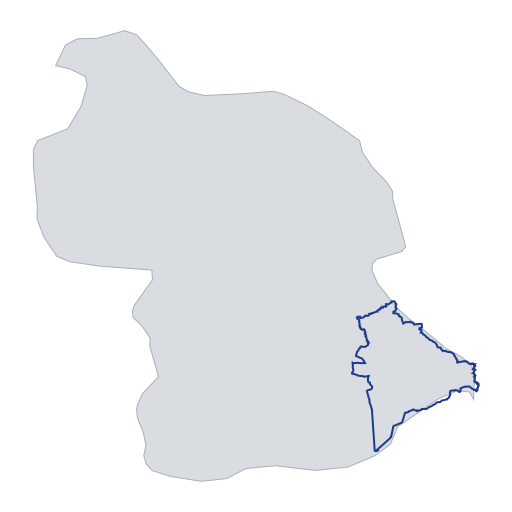 Nyagatare, Eastern, Rwanda shown in context, rotated 90°
{"feature_id": "39286606B31387731734731", "entity_name": "Nyagatare", "entity_type": "district", "adm_level": 2, "iso_a3": "RWA", "parent_name": "Rwanda", "parent_adm1": "Eastern", "projection": "robinson", "projection_center": [30.27, -1.298], "detail": "fine", "context": "in_parent", "style": "outline", "palette": "blue", "viewbox_px": 512, "rotation_deg": 90, "n_neighbors": 0, "source": "geoboundaries", "source_scale": "gbopen_adm2", "svg_char_len": 6896}
<svg xmlns="http://www.w3.org/2000/svg" viewBox="0 0 512 512"><g transform="rotate(90 256 256)"><path d="M191.2,119.5L198.5,119.3L246.7,106.3L251.5,110.3L259.2,135.6L263.3,139.3L270.0,140.2L283.5,134.4L308.3,114.6L319.1,102.6L331.9,85.7L348.1,66.6L357.2,50.0L366.1,40.3L377.7,37.4L390.5,38.1L399.5,38.4L392.1,42.4L390.6,54.6L399.1,74.1L426.7,114.3L444.3,121.7L455.8,137.4L467.0,163.8L470.4,196.8L465.7,236.5L468.5,266.0L478.6,285.4L481.3,310.5L476.5,341.3L470.6,359.8L463.7,365.9L455.8,368.2L445.2,366.1L432.2,368.7L418.1,374.5L409.2,375.4L403.7,374.2L393.3,369.3L376.8,353.4L346.1,362.2L337.8,362.0L326.6,369.6L317.4,378.9L311.8,379.5L306.2,378.3L279.7,359.5L270.1,360.1L266.1,412.9L261.7,442.3L256.2,455.3L237.3,468.0L218.3,475.1L207.9,474.6L166.0,478.6L149.6,478.6L140.6,474.3L128.8,444.4L106.6,431.0L85.3,424.8L76.6,426.6L68.9,442.2L65.7,456.3L45.1,446.6L38.8,434.8L38.3,414.7L30.7,387.2L34.9,375.4L43.0,367.8L60.2,353.3L86.2,333.2L91.8,323.6L95.5,307.6L93.8,270.3L91.3,238.9L94.4,227.7L106.3,203.4L122.3,178.6L140.9,152.3L152.1,149.7L166.9,139.8L182.5,125.0L191.2,119.5Z" fill="#d9dde1" stroke="#a8b0b8" stroke-width="1"/><path d="M325.7,152.2L326.3,152.6L326.7,152.2L326.7,152.4L327.0,151.8L327.5,151.9L327.8,151.7L328.3,151.7L329.0,151.1L329.0,150.7L329.7,149.9L329.5,149.5L329.6,149.3L329.2,148.7L329.4,147.9L329.6,147.7L329.7,147.8L330.1,147.5L330.1,147.3L330.6,147.3L330.8,147.3L331.1,147.3L331.0,147.5L331.3,147.5L331.8,146.9L332.3,146.8L332.5,146.5L332.8,146.5L333.5,147.2L333.8,147.3L334.9,146.1L335.8,145.9L336.2,146.6L336.4,146.6L337.2,145.8L337.8,145.7L338.0,145.5L338.9,145.4L340.4,144.8L340.9,145.2L341.0,145.1L340.8,144.4L341.0,144.1L341.3,144.2L341.6,143.9L341.8,144.0L342.7,144.0L343.0,143.3L343.6,144.0L343.8,144.1L344.1,143.8L345.2,144.2L345.8,145.3L346.9,146.9L346.9,149.0L346.3,150.6L346.5,151.2L347.1,151.7L348.0,151.7L348.3,152.7L350.5,153.8L352.0,155.0L355.3,155.9L356.2,155.9L356.7,154.0L357.8,152.0L358.2,150.6L358.6,150.0L360.3,148.5L363.1,147.0L363.2,151.1L362.8,154.5L363.2,158.5L362.7,159.4L366.4,159.1L367.5,159.3L369.6,158.7L370.7,158.7L371.6,159.0L372.6,159.9L373.3,160.0L373.7,159.8L374.3,156.8L375.7,153.6L376.0,151.4L375.9,149.8L376.7,148.1L376.0,143.3L378.5,144.1L381.8,143.9L382.4,143.2L382.5,142.1L383.2,142.2L384.7,141.7L385.1,141.3L385.6,140.5L386.8,139.8L387.9,139.8L389.0,140.6L389.6,141.7L390.2,144.2L391.0,145.1L398.6,143.1L399.6,142.5L400.1,142.6L402.7,142.4L404.8,141.5L409.0,140.3L409.1,140.1L450.6,137.3L450.6,136.4L451.1,136.1L451.1,135.9L450.4,134.0L450.2,134.1L449.9,135.1L438.7,122.4L437.3,121.5L437.1,120.9L426.1,118.6L422.5,109.9L413.9,107.3L412.9,107.0L412.6,106.7L412.7,106.0L412.2,103.8L411.5,103.3L410.4,100.8L410.4,100.1L410.3,99.7L409.7,99.3L409.4,98.8L409.6,98.2L410.5,96.4L410.3,95.3L410.5,95.1L411.1,95.1L411.2,94.6L410.6,94.2L410.0,90.9L409.6,90.5L408.9,90.2L408.9,89.5L409.0,88.8L408.9,85.4L408.5,84.6L407.4,83.5L406.5,81.4L406.3,80.6L404.7,78.5L404.6,77.8L404.0,76.7L402.9,75.8L402.6,75.2L402.0,73.2L402.2,72.1L401.8,71.5L400.5,70.1L400.0,67.3L399.3,65.8L399.4,64.8L398.5,64.3L397.5,62.9L396.9,62.9L396.1,62.5L395.3,61.9L394.6,61.8L393.9,61.7L393.0,62.1L392.2,62.2L390.9,61.5L390.6,60.8L390.5,59.8L390.7,58.8L390.0,57.0L390.4,56.2L390.3,54.9L390.7,53.9L391.8,53.1L392.0,52.3L391.2,51.5L388.6,51.5L388.1,51.2L387.9,50.2L387.4,49.4L386.8,47.6L386.6,46.4L386.7,45.2L386.4,43.9L386.7,43.2L386.7,42.1L388.1,40.8L389.2,38.6L389.9,38.1L389.9,37.2L390.1,36.7L391.2,35.8L390.7,35.3L390.7,34.8L390.5,34.7L390.2,34.9L390.2,35.3L389.9,35.4L390.0,34.9L390.0,34.6L389.3,34.6L389.1,34.9L388.4,34.8L387.7,34.1L387.4,34.2L386.3,33.7L386.1,33.7L386.1,34.0L385.9,33.4L385.6,33.4L385.4,33.7L385.6,34.0L385.3,34.0L385.3,33.7L385.0,33.6L385.0,34.0L384.9,34.1L384.7,33.5L384.4,33.5L384.0,33.8L383.7,33.6L383.2,34.1L383.4,34.7L383.2,34.7L383.1,35.3L382.9,35.2L383.0,34.6L382.5,34.9L382.1,35.8L382.7,35.9L381.8,36.1L381.5,36.9L381.7,37.3L381.3,37.4L381.3,37.7L380.5,37.7L379.8,37.3L378.6,37.5L378.3,37.2L377.9,37.5L377.5,37.1L377.1,37.3L376.3,37.0L376.1,37.0L376.0,37.4L375.6,36.8L375.3,37.1L375.5,37.4L374.8,37.6L374.6,37.6L374.8,37.2L374.5,37.1L374.0,37.5L373.9,37.9L373.5,38.4L373.2,38.3L373.1,38.7L372.9,38.3L372.5,38.4L372.1,38.1L371.9,38.1L371.9,38.5L371.8,38.2L371.1,37.9L370.8,37.4L370.1,37.2L369.8,36.8L369.4,37.6L368.7,38.0L368.8,38.3L369.3,38.5L369.1,39.1L368.8,38.9L368.7,38.6L368.4,38.6L368.4,38.1L368.1,37.7L367.4,37.8L367.2,38.1L367.3,38.3L366.9,37.9L366.4,37.8L366.4,37.4L366.0,37.4L366.0,37.0L365.8,36.7L365.1,37.0L364.8,37.7L364.2,37.2L364.2,37.5L364.5,38.1L364.1,38.1L364.0,38.3L364.3,38.8L364.2,39.0L363.5,39.0L363.4,39.7L363.5,40.1L363.9,40.1L364.0,40.7L363.8,41.1L364.0,41.5L363.5,41.8L363.6,42.3L363.5,43.4L363.3,43.6L362.5,43.9L362.2,44.5L361.7,44.8L361.8,45.2L361.3,45.8L361.4,46.6L361.2,46.9L361.5,47.1L361.2,47.8L361.2,48.4L361.3,48.8L361.5,48.9L361.5,50.2L361.9,51.2L361.9,52.0L362.1,52.4L362.0,52.9L362.4,53.7L362.6,54.7L362.3,54.8L361.8,54.3L361.4,54.6L361.3,54.4L360.4,54.6L360.0,54.8L360.0,55.0L359.5,55.3L359.1,55.7L357.8,56.1L356.6,57.1L355.7,57.3L355.5,57.7L354.2,58.0L353.9,58.7L353.2,59.3L352.1,61.5L352.0,63.9L351.3,66.0L351.1,66.0L351.0,67.6L350.7,68.3L350.7,68.9L350.9,69.3L350.5,69.4L350.0,70.1L349.1,70.9L348.4,71.0L347.7,71.5L347.5,72.2L347.5,73.6L347.2,74.4L346.7,74.8L346.1,74.7L344.8,75.2L342.3,77.1L342.0,78.3L340.5,80.2L339.9,82.4L339.4,82.9L339.0,83.1L337.7,84.3L337.2,85.7L336.8,85.7L336.3,86.1L335.1,87.3L334.8,87.8L334.6,88.7L333.7,89.1L333.2,89.6L332.7,91.2L331.5,90.4L329.9,90.7L329.8,92.4L328.4,92.7L327.7,91.3L327.5,90.0L324.8,90.2L323.9,90.4L323.9,93.3L324.4,97.1L324.7,97.7L322.6,99.0L322.6,100.6L321.7,101.9L322.3,104.2L321.9,106.1L323.6,108.7L319.7,110.2L318.2,110.1L317.9,110.2L316.6,111.4L316.4,112.8L315.3,113.3L314.5,113.2L314.1,114.5L313.5,115.3L313.2,118.6L312.5,118.5L312.0,118.7L311.5,118.1L310.8,116.7L308.8,115.5L308.0,116.3L307.5,116.5L306.9,116.2L305.6,116.4L304.9,115.7L303.9,115.7L303.6,116.0L303.5,116.4L301.8,117.2L301.3,117.8L301.2,118.3L301.4,118.9L301.4,120.5L302.5,120.6L303.3,122.3L303.8,122.7L304.2,123.6L304.3,124.5L304.1,125.0L304.1,126.0L305.5,125.8L306.1,125.5L306.5,125.8L306.7,126.4L306.4,126.7L306.3,127.7L307.0,128.8L306.9,129.2L307.5,128.9L307.6,129.0L308.1,130.9L307.8,131.4L309.5,131.9L309.4,132.8L309.8,133.6L310.3,133.7L310.5,134.3L311.1,134.8L311.4,134.7L311.3,135.3L311.8,135.8L312.4,137.5L312.5,138.2L313.2,139.2L313.0,140.0L313.7,140.7L313.5,140.9L313.8,142.6L314.2,142.3L314.5,142.4L314.7,142.8L315.5,143.3L315.7,144.6L316.1,145.6L315.6,146.1L315.5,146.5L315.9,147.2L317.4,148.5L318.1,151.4L318.1,151.8L317.6,151.6L316.6,151.9L316.5,152.0L316.8,152.5L316.7,153.1L316.8,153.5L316.7,154.1L316.9,154.6L317.1,154.6L317.4,155.1L317.9,155.2L318.2,154.9L318.7,154.7L318.7,154.4L319.2,154.0L319.3,153.4L320.6,152.7L321.2,152.9L321.3,152.7L322.7,152.7L323.9,152.3L325.0,152.5L325.0,152.3L325.7,152.2Z" fill="none" stroke="#1e3a8a" stroke-width="2"/></g></svg>